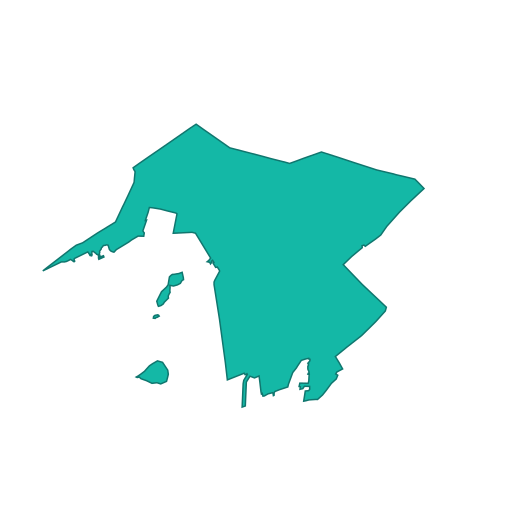 the district of Al Mu'alla, `Adan, Yemen, rotated 228°
{"feature_id": "15242507B93201212408360", "entity_name": "Al Mu'alla", "entity_type": "district", "adm_level": 2, "iso_a3": "YEM", "parent_name": "Yemen", "parent_adm1": "`Adan", "projection": "equal_earth", "projection_center": [45.013, 12.791], "detail": "fine", "context": "isolated", "style": "filled", "palette": "teal", "viewbox_px": 512, "rotation_deg": 228, "n_neighbors": 0, "source": "geoboundaries", "source_scale": "gbopen_adm2", "svg_char_len": 3879}
<svg xmlns="http://www.w3.org/2000/svg" viewBox="0 0 512 512"><g transform="rotate(228 256 256)"><path d="M387.6,87.6L381.8,107.5L379.9,109.5L378.8,111.4L378.0,114.0L377.7,115.7L376.0,116.4L374.7,116.6L373.9,116.7L373.4,117.1L373.5,117.9L374.3,118.0L375.5,118.8L375.6,119.6L371.6,133.7L368.9,133.4L367.8,133.1L367.8,133.9L366.5,133.5L366.1,134.0L366.6,135.0L367.8,135.7L369.1,137.2L368.4,138.2L366.2,138.5L365.1,138.8L364.0,138.7L362.5,139.5L360.2,138.2L360.1,137.7L358.7,137.0L357.0,142.3L358.3,142.8L359.4,140.0L359.6,139.3L360.7,140.3L362.5,141.0L363.1,142.2L364.2,142.9L364.8,145.7L365.5,146.5L365.5,148.0L365.9,149.6L364.8,151.1L364.3,152.4L363.0,153.3L360.4,152.1L358.9,151.4L357.0,151.4L355.3,152.1L353.9,153.0L354.0,154.6L354.2,156.5L351.5,170.8L351.2,174.2L349.7,181.7L345.8,185.8L347.9,188.4L349.4,188.5L350.4,188.8L355.9,198.7L356.5,197.6L360.5,204.8L363.4,209.2L360.9,211.5L354.8,216.4L349.1,220.1L341.6,225.2L340.2,225.5L328.3,209.7L316.4,224.3L313.4,226.3L284.8,220.9L284.3,217.9L284.4,215.9L282.2,217.4L280.6,216.9L280.9,219.0L282.0,219.4L281.9,220.9L279.3,220.4L279.3,219.3L274.5,218.4L273.6,219.9L272.2,219.6L269.7,219.2L269.0,218.7L265.5,209.0L264.7,207.4L262.7,205.6L233.5,186.6L197.3,161.9L183.1,151.8L176.8,168.8L175.1,168.5L174.6,169.5L174.6,170.5L173.8,170.4L172.6,166.3L171.8,163.7L169.7,161.0L153.0,144.6L151.7,147.7L168.8,164.5L170.7,171.1L166.4,173.3L164.8,178.0L159.7,174.5L151.7,168.8L149.8,167.7L149.7,168.7L147.2,167.4L146.4,168.6L145.5,172.7L143.9,175.7L143.5,176.7L142.7,176.8L140.6,175.5L140.4,176.2L142.4,178.1L142.6,179.5L140.9,184.1L137.4,192.0L139.0,194.3L144.8,205.3L145.8,211.2L146.4,213.1L148.1,219.8L147.3,221.7L146.0,224.5L145.2,225.8L144.7,226.7L144.2,226.3L143.1,227.0L142.0,225.8L141.6,222.8L140.6,222.9L140.2,222.0L139.5,221.6L139.4,220.8L138.0,219.5L137.1,218.8L136.4,218.5L134.9,218.1L133.4,217.1L133.9,216.5L133.5,215.5L132.3,216.3L131.5,215.3L127.8,211.6L126.5,209.6L132.2,203.5L130.2,200.7L129.2,201.5L127.5,199.5L126.1,202.0L126.8,204.8L123.2,208.6L121.0,206.7L120.7,205.0L122.7,202.3L116.2,194.3L115.0,196.3L113.6,199.1L109.3,204.6L108.2,205.7L108.2,208.7L108.2,212.5L109.1,218.0L110.9,226.8L110.9,233.3L112.7,237.0L115.0,236.3L115.7,238.5L114.1,244.8L120.6,246.3L128.2,247.7L127.5,262.4L126.2,281.2L127.1,301.1L128.6,315.3L130.7,318.6L163.9,315.9L191.2,315.0L191.6,326.9L191.1,340.5L192.7,341.7L191.9,343.5L190.1,343.7L188.6,356.1L188.1,362.7L190.5,373.0L192.6,392.1L193.4,407.7L193.7,426.0L200.4,425.8L206.8,425.5L217.4,418.2L222.8,414.4L225.0,413.1L232.5,407.9L239.3,403.2L242.1,401.6L260.6,390.9L275.0,382.7L289.5,374.2L296.9,356.4L299.4,350.0L302.3,342.9L306.9,340.0L308.0,339.2L318.3,332.3L325.5,327.7L353.9,308.9L357.3,308.1L384.6,301.8L394.0,299.7L395.0,293.2L399.3,259.2L401.3,244.1L403.0,230.7L403.5,226.3L403.8,223.7L401.9,223.0L399.6,222.6L396.2,218.9L395.5,218.1L392.3,214.7L389.2,207.5L386.5,201.2L384.9,197.3L382.7,192.1L382.0,190.2L379.8,185.0L375.3,174.3L376.2,169.4L379.2,153.3L380.9,142.0L381.8,136.0L384.3,129.7L385.1,122.4L385.2,120.2L387.1,95.0L387.6,87.6ZM245.2,107.0L245.7,103.3L245.1,97.6L244.9,96.0L245.3,91.5L245.7,88.2L246.2,86.0L245.2,86.4L244.0,88.3L241.8,88.4L236.6,91.2L231.0,93.5L228.1,97.6L224.7,99.6L222.7,105.6L224.9,109.0L226.8,111.7L230.2,114.0L239.5,115.4L244.0,112.6L245.2,107.0ZM295.8,185.1L297.1,183.0L298.3,181.5L298.5,179.7L298.4,177.7L296.9,175.8L293.4,171.4L292.8,168.6L292.7,161.9L288.8,152.0L285.4,150.3L283.9,149.8L283.3,151.0L282.7,152.4L282.4,155.1L283.0,156.8L283.3,162.8L284.7,163.7L285.3,164.6L285.8,165.8L286.5,167.9L287.7,168.6L290.0,171.0L291.8,172.4L288.9,174.6L287.1,178.3L286.3,181.5L286.9,183.3L287.3,184.8L286.9,186.3L288.5,187.5L293.3,190.2L294.6,186.9L295.8,185.1ZM276.9,144.0L278.0,143.7L279.5,141.2L279.6,139.5L278.5,138.1L277.1,139.3L277.2,140.1L276.3,142.3L276.5,143.0L276.1,143.8L276.9,144.0Z" fill="#14b8a6" stroke="#0f766e" stroke-width="1.5"/></g></svg>